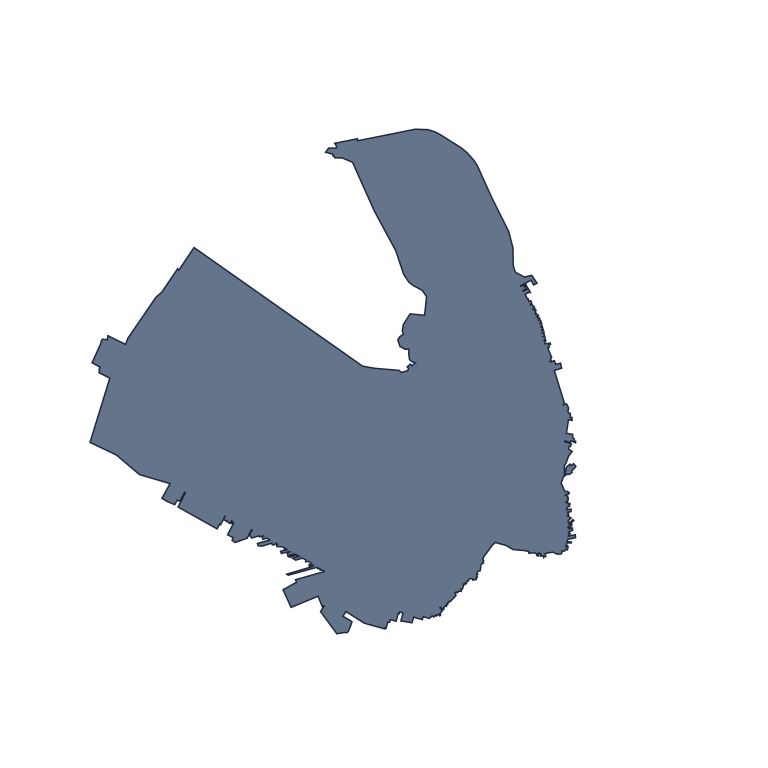 Sector 6, Bucharest, Romania, rotated 39°
{"feature_id": "2599482B66456356420035", "entity_name": "Sector 6", "entity_type": "district", "adm_level": 2, "iso_a3": "ROU", "parent_name": "Romania", "parent_adm1": "Bucharest", "projection": "orthographic", "projection_center": [26.035, 44.443], "detail": "fine", "context": "isolated", "style": "filled", "palette": "slate", "viewbox_px": 768, "rotation_deg": 39, "n_neighbors": 0, "source": "geoboundaries", "source_scale": "gbopen_adm2", "svg_char_len": 6170}
<svg xmlns="http://www.w3.org/2000/svg" viewBox="0 0 768 768"><g transform="rotate(39 384 384)"><path d="M192.3,614.4L220.7,607.6L251.0,608.3L280.4,596.1L283.4,612.6L289.6,611.7L297.3,609.5L296.4,604.2L299.2,603.7L297.1,593.8L298.2,593.6L301.3,609.2L342.7,602.1L345.5,601.6L344.5,596.5L345.6,596.3L343.5,585.9L344.8,590.7L347.7,589.2L347.8,589.9L352.1,589.3L351.6,586.3L352.8,586.1L353.7,588.9L353.4,587.1L354.7,586.8L357.3,599.6L363.7,598.4L364.2,601.1L368.0,600.9L374.7,589.9L372.7,580.6L373.4,580.5L374.5,586.3L378.2,586.9L382.6,580.5L383.5,581.1L385.3,578.4L385.9,578.2L385.2,579.5L387.7,581.0L389.9,577.5L393.4,577.1L386.0,587.6L388.1,589.0L391.5,586.5L397.0,578.3L398.5,579.3L400.1,577.7L400.1,575.8L402.0,575.6L401.7,576.6L403.0,577.8L407.3,574.6L411.2,573.8L410.4,575.0L410.8,575.3L413.3,573.5L408.8,579.0L410.8,580.3L417.0,572.8L415.2,576.3L417.4,577.9L421.2,572.5L422.5,572.0L418.8,578.2L419.6,578.0L423.7,572.1L424.4,572.6L425.2,571.5L426.5,571.3L422.5,576.9L426.2,576.5L430.2,570.7L433.7,569.9L435.0,571.5L436.5,569.6L440.0,569.1L439.7,569.7L440.5,570.3L439.5,571.8L440.2,572.4L443.5,568.6L442.4,570.2L443.3,570.8L428.1,593.0L430.0,592.8L447.3,568.6L448.6,569.3L450.7,567.0L450.0,568.0L451.6,568.9L453.7,566.6L453.3,567.2L455.0,567.6L456.0,566.8L438.4,591.8L440.8,593.1L435.0,607.4L452.4,616.1L466.3,590.4L476.1,595.9L477.1,593.5L477.9,600.8L504.6,607.8L509.6,602.0L511.6,600.8L512.0,598.8L510.3,593.0L508.7,588.8L498.3,590.3L497.6,584.8L519.3,582.3L538.8,573.8L538.3,573.0L539.3,572.6L536.8,566.5L538.4,565.7L537.3,563.1L542.8,560.7L539.5,553.6L540.4,553.3L539.6,551.3L542.9,550.0L546.2,557.5L556.0,552.0L553.4,545.3L554.2,546.4L562.1,543.0L560.8,540.1L566.9,537.6L567.3,533.8L569.4,533.8L569.4,531.1L570.8,531.3L571.2,528.8L573.3,529.1L573.4,527.7L572.0,527.6L572.1,523.9L571.1,523.8L571.2,522.8L568.3,522.7L568.4,522.0L572.2,521.9L572.3,521.1L571.3,521.0L571.2,518.4L572.5,517.6L571.2,516.3L572.4,515.4L571.0,513.8L572.0,512.9L571.3,512.0L572.5,511.0L573.1,503.1L570.6,501.7L570.8,500.5L572.1,500.3L571.7,499.7L572.4,499.3L572.5,497.9L574.5,496.5L572.9,494.8L574.0,494.0L572.3,490.0L572.8,489.4L571.9,489.3L573.1,487.9L572.0,488.2L572.1,487.6L573.5,486.9L572.7,485.8L572.6,484.4L573.6,483.9L572.8,481.9L575.2,479.4L576.3,480.5L578.8,477.9L577.4,476.6L578.3,475.7L576.1,473.8L576.6,473.0L574.8,472.0L574.9,470.4L576.3,468.6L572.9,463.0L574.0,460.4L572.8,459.5L572.6,460.3L572.6,458.5L571.1,458.2L570.2,454.9L569.7,440.5L570.2,437.2L580.1,432.8L588.6,431.4L598.4,424.8L602.0,423.1L603.1,424.4L606.8,420.7L609.6,419.9L610.2,420.7L610.5,418.5L611.5,420.8L612.3,420.4L611.1,417.9L611.8,417.5L613.0,417.3L613.9,419.3L615.9,417.5L617.4,418.4L617.3,416.9L618.3,416.2L615.9,414.3L616.4,413.6L621.3,408.2L625.4,407.4L628.6,404.7L628.3,402.6L627.5,401.9L629.6,400.0L629.2,398.3L630.9,397.5L629.6,394.7L627.7,395.9L628.0,394.1L627.0,394.3L626.1,392.3L629.5,389.8L628.9,388.9L625.6,391.4L624.6,389.1L629.6,382.9L627.5,380.7L623.1,386.2L622.0,384.4L623.1,383.2L620.6,382.7L622.7,378.9L620.7,377.4L619.5,379.7L618.7,379.0L618.2,380.1L617.8,379.6L618.5,378.2L617.3,379.0L618.7,375.3L617.9,374.5L615.7,377.4L617.5,370.8L616.1,370.6L615.9,373.7L615.0,375.0L613.6,375.2L613.2,373.4L613.8,370.4L609.4,371.0L608.9,370.6L610.0,369.5L608.2,368.1L607.0,368.6L609.7,365.5L608.0,363.5L605.1,366.8L604.0,364.2L605.2,362.4L603.7,361.4L604.4,360.6L603.7,359.9L602.4,361.3L601.3,360.3L599.9,361.5L599.6,361.2L600.5,360.3L599.8,359.1L600.3,358.8L598.8,356.5L598.1,356.9L597.5,355.7L595.1,356.3L595.0,355.4L596.9,353.4L596.3,351.8L594.0,352.1L592.3,353.7L584.1,349.6L581.9,343.4L582.8,339.5L585.1,337.4L585.8,334.3L584.7,333.7L585.0,327.3L581.4,326.6L580.7,329.7L578.9,329.3L578.1,333.8L581.0,339.4L582.2,339.4L581.7,342.1L581.1,340.4L575.6,334.1L575.4,331.4L572.8,323.7L572.7,318.0L568.2,318.4L567.2,315.8L568.2,315.3L567.2,312.5L560.7,315.2L560.4,314.3L565.5,312.4L565.0,310.6L569.8,309.1L569.0,307.9L567.9,308.5L566.5,307.0L565.0,307.2L562.2,304.4L556.8,307.5L549.9,295.8L553.1,293.9L551.1,291.7L549.9,292.8L547.4,289.6L545.9,290.2L544.2,289.5L542.7,286.6L539.6,285.0L538.2,284.6L536.4,287.3L535.9,285.1L507.9,266.3L512.1,259.9L508.1,256.7L505.1,260.7L501.8,258.6L499.3,262.2L498.8,262.0L499.5,260.8L497.4,259.4L497.6,257.9L488.4,252.8L489.4,251.5L487.4,250.1L488.6,248.5L487.4,247.6L483.9,251.4L482.0,249.9L482.8,248.8L482.0,248.3L481.3,249.3L480.8,248.9L481.6,247.9L479.4,246.3L478.2,246.8L478.8,245.8L476.6,244.2L475.3,244.7L476.1,243.6L475.2,242.5L473.1,243.0L472.5,242.6L473.4,241.5L471.1,239.9L470.3,240.9L469.8,240.5L470.5,239.5L468.2,237.7L467.4,238.9L466.9,238.5L467.8,237.3L466.7,236.5L465.2,236.1L464.2,237.3L463.6,237.0L464.5,235.7L463.4,234.8L461.8,235.8L460.3,235.5L461.4,234.1L460.3,233.3L460.0,234.0L458.3,233.4L457.8,234.5L457.2,234.2L457.6,233.3L455.5,232.4L456.0,231.2L455.4,231.0L453.7,231.0L453.0,232.5L452.4,232.1L453.3,230.0L451.3,229.2L450.9,229.8L448.9,228.9L448.3,230.3L447.6,230.0L448.2,228.6L446.5,227.1L445.3,227.3L444.6,228.7L442.5,227.1L442.2,227.7L437.3,225.5L438.4,222.4L440.2,220.8L436.0,219.0L433.9,224.1L433.3,223.8L435.2,219.1L431.2,217.1L430.9,217.9L433.0,218.8L432.4,220.1L430.1,219.2L429.0,221.9L428.3,221.6L433.0,210.8L438.0,212.9L439.5,209.3L430.4,206.6L425.8,212.5L416.2,214.4L413.9,213.4L409.6,210.3L398.4,196.9L384.7,186.9L351.2,171.7L319.4,155.7L313.1,153.6L303.3,152.0L295.1,151.9L270.2,154.9L265.1,155.9L257.9,158.8L248.0,166.3L210.4,211.6L209.0,210.1L194.7,227.4L194.2,227.9L197.6,229.2L198.4,230.8L192.5,235.5L192.8,240.7L199.4,237.7L201.0,239.0L201.8,238.4L203.4,239.2L209.5,234.5L220.1,231.5L267.5,255.6L309.2,273.0L330.3,286.4L339.1,289.2L344.7,289.1L354.8,287.2L362.1,289.3L372.3,305.1L360.1,313.1L361.7,325.9L364.7,331.0L367.7,333.2L366.5,337.4L367.0,341.1L372.7,344.7L378.5,343.7L381.6,341.3L384.1,344.9L388.5,349.0L391.8,349.1L395.1,347.7L394.2,352.3L392.0,351.9L391.2,356.1L393.6,356.5L393.9,359.0L390.2,364.1L387.2,363.9L366.8,377.7L356.2,383.6L150.5,397.5L152.9,424.6L151.1,424.3L153.5,452.1L152.2,460.5L156.2,509.7L158.2,515.9L139.0,520.2L141.1,523.8L137.1,526.2L137.1,528.1L138.7,531.6L143.7,551.2L152.8,549.6L153.4,551.8L155.6,554.6L167.2,552.0L192.3,614.4Z" fill="#64748b" stroke="#1e293b" stroke-width="1.5"/></g></svg>